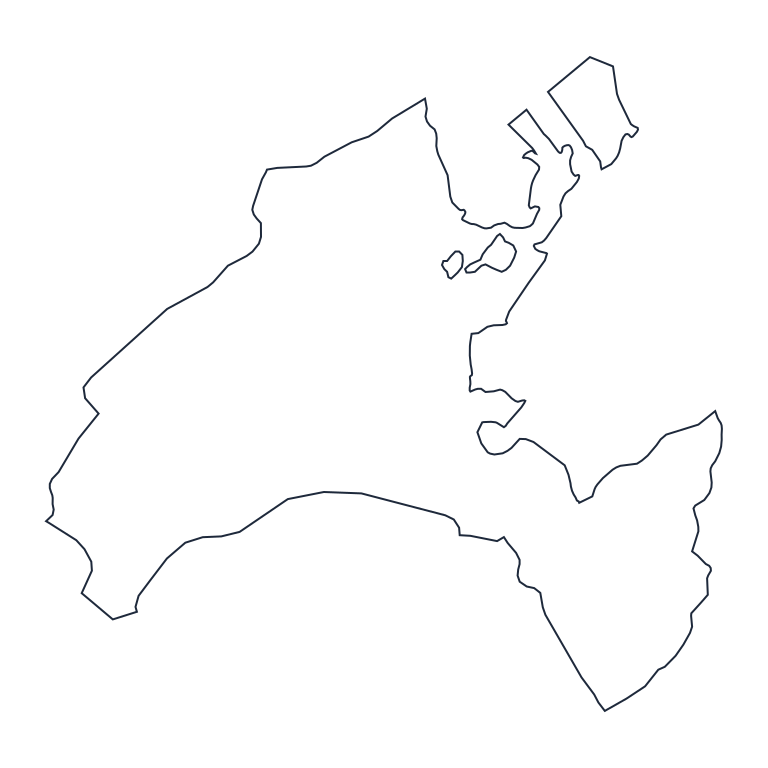 SVG path tracing the border of Vaud
{"feature_id": "CHE-3422", "entity_name": "Vaud", "entity_type": "Canton", "adm_level": 1, "iso_a3": "CHE", "parent_name": "Switzerland", "parent_adm1": "", "projection": "orthographic", "projection_center": [6.845, 46.59], "detail": "fine", "context": "isolated", "style": "outline", "palette": "slate", "viewbox_px": 768, "rotation_deg": 0, "n_neighbors": 0, "source": "natural_earth", "source_scale": "10m", "svg_char_len": 5102}
<svg xmlns="http://www.w3.org/2000/svg" viewBox="0 0 768 768"><path d="M81.7,593.2L91.9,570.7L91.3,561.7L84.5,549.2L76.3,540.2L48.8,522.8L46.1,521.2L52.6,515.0L53.7,509.6L52.6,504.1L52.7,497.9L52.3,495.3L51.0,491.9L49.8,488.1L49.8,483.9L52.1,478.9L58.6,472.1L78.5,438.6L98.6,413.6L94.3,408.7L85.1,398.2L83.5,387.4L91.1,377.5L167.2,308.9L207.5,287.0L213.1,282.4L227.9,265.7L246.6,256.0L252.5,251.6L258.9,243.7L261.0,236.9L260.9,223.1L256.7,218.5L253.8,214.5L252.3,209.8L253.1,205.9L262.0,179.3L265.9,172.3L267.0,169.6L277.3,167.9L306.2,166.5L311.0,165.7L316.7,162.8L324.4,156.7L351.7,142.3L368.6,136.6L377.2,131.0L392.1,118.5L425.0,98.6L426.8,108.7L425.5,116.6L427.0,121.5L430.0,125.7L434.6,129.4L436.2,133.6L436.7,138.2L436.3,146.0L437.3,151.3L438.3,154.6L447.6,175.2L450.3,196.6L452.3,202.5L458.6,208.9L459.9,209.9L461.2,210.2L463.7,209.8L464.5,210.4L465.4,212.0L465.1,213.6L464.1,215.5L462.6,217.4L462.1,219.2L462.9,220.1L469.9,223.5L471.7,224.0L473.8,224.1L476.2,224.7L482.1,227.5L484.6,228.3L486.4,228.4L491.0,227.7L494.2,225.4L498.1,224.0L500.6,223.8L504.5,222.7L506.9,223.9L509.8,226.0L512.3,227.3L514.7,227.8L522.6,228.0L525.5,227.5L529.8,226.2L531.1,225.2L532.9,223.5L537.0,213.8L539.2,209.9L539.3,208.2L538.4,207.0L534.9,206.4L530.7,208.4L529.7,207.5L528.8,205.3L530.9,188.5L531.4,185.8L532.1,183.1L533.1,180.4L535.6,175.1L539.0,169.6L539.2,166.9L537.4,164.5L531.6,159.8L528.3,158.2L525.7,157.7L523.7,158.0L523.0,157.5L524.1,155.1L525.7,153.7L527.6,152.4L531.3,150.8L532.4,150.9L533.6,151.8L535.0,153.3L535.9,153.6L534.1,150.6L532.2,148.0L508.5,124.6L526.5,109.7L543.8,134.0L545.6,135.6L548.9,138.9L558.1,151.5L559.6,152.8L560.8,152.9L561.5,152.3L562.1,150.7L562.3,149.4L562.4,147.6L563.3,146.7L564.9,145.8L566.9,145.2L568.6,145.1L569.7,145.6L571.0,147.3L572.1,150.0L572.7,153.4L571.1,156.9L570.1,160.4L570.1,164.2L571.6,171.6L573.6,174.6L575.2,175.9L577.9,175.0L578.6,175.0L579.2,175.9L578.8,178.5L576.9,182.0L571.4,188.8L568.0,191.1L565.5,193.3L563.5,196.5L560.3,204.8L561.3,216.2L546.2,238.1L544.0,240.6L541.8,242.3L534.5,244.4L533.8,245.9L535.3,248.9L537.4,250.3L539.3,251.3L546.4,253.1L547.0,253.6L544.9,260.4L528.6,282.9L509.2,311.5L506.1,319.7L505.9,320.9L506.6,322.2L507.0,323.2L505.7,324.3L502.4,325.0L493.7,325.3L487.4,326.8L478.3,333.1L471.6,333.8L470.3,342.3L469.9,346.0L469.8,355.6L470.7,364.6L471.6,369.3L472.1,373.5L471.8,375.2L470.4,376.1L469.9,376.9L470.0,378.8L470.3,381.1L470.4,384.1L469.7,387.7L469.7,390.5L470.4,391.6L475.2,389.5L477.8,388.8L481.1,388.8L485.5,392.0L493.8,391.3L500.1,389.6L502.3,390.2L505.3,391.9L511.6,398.3L515.4,401.0L517.9,401.8L522.2,400.5L524.3,400.3L525.3,400.9L524.2,403.1L521.3,407.4L507.3,423.4L505.7,425.9L503.9,427.2L496.9,422.8L495.6,422.3L491.0,421.8L483.6,422.1L482.2,422.4L477.4,432.2L481.3,443.4L487.7,452.3L490.1,453.6L494.4,454.5L502.7,453.3L507.4,450.9L511.5,447.9L519.7,438.9L525.8,439.1L533.5,442.0L564.7,465.3L568.5,474.8L570.5,483.2L570.9,486.5L572.0,490.7L573.7,494.5L575.6,497.5L576.9,500.5L578.7,501.5L579.2,502.8L592.3,496.4L594.6,489.2L595.6,487.0L597.4,484.4L602.9,478.1L612.6,469.7L616.3,467.4L620.4,465.8L637.0,463.7L641.8,460.6L647.7,455.6L656.5,445.2L660.6,439.4L666.2,434.6L698.4,424.6L715.2,411.1L717.7,418.1L719.0,420.4L720.7,422.9L721.6,425.4L721.9,428.9L721.6,434.6L721.7,439.9L721.1,446.6L719.3,453.1L715.2,461.3L712.2,465.2L710.7,468.4L710.4,471.4L711.7,482.5L711.4,487.5L709.4,493.1L704.3,500.0L695.2,505.6L693.5,508.4L695.3,515.4L697.1,520.4L698.3,526.9L698.4,531.3L692.1,551.4L697.7,555.7L705.8,564.0L709.2,565.8L710.7,568.0L710.9,570.8L708.2,575.4L707.1,578.3L707.8,594.8L701.0,602.6L691.3,613.3L691.1,615.9L692.1,626.7L690.0,632.9L683.4,644.6L675.6,655.8L664.8,666.8L658.3,669.7L645.1,686.3L626.5,698.6L604.8,710.9L598.4,702.5L594.2,694.5L581.5,677.4L545.4,614.8L542.8,607.3L540.3,592.9L534.2,588.1L526.7,586.5L519.7,581.7L517.6,575.6L518.2,569.5L519.6,564.1L519.6,559.9L516.1,552.9L507.7,543.0L503.9,537.1L497.1,541.1L470.3,535.8L459.7,535.2L459.1,527.7L453.8,519.5L445.3,515.3L361.4,493.4L323.9,492.0L287.8,499.1L239.6,531.9L221.3,536.4L202.7,537.2L185.3,542.7L166.9,558.5L150.7,579.7L138.6,595.8L135.5,606.9L136.9,611.8L112.8,619.4L87.2,597.8L81.7,593.2ZM501.7,271.8L505.9,269.8L510.1,265.7L514.2,257.6L516.1,251.5L513.3,245.5L508.7,242.8L505.0,241.4L503.1,237.4L499.9,234.0L497.1,236.0L494.8,239.4L491.1,244.8L487.8,247.5L482.7,254.3L480.4,259.7L474.4,262.4L470.2,264.4L467.0,267.1L465.1,269.1L466.5,272.5L470.2,272.5L474.9,271.8L481.4,265.7L485.5,264.4L492.0,267.8L496.6,269.8L501.7,271.8ZM451.2,278.6L454.9,275.2L457.7,272.5L461.9,267.1L462.8,261.0L462.4,254.9L459.1,251.5L455.4,251.5L450.8,256.3L447.1,261.0L443.4,261.0L442.0,265.0L444.3,269.1L447.1,271.8L448.4,277.2L451.2,278.6ZM589.9,57.1L613.0,66.4L617.0,93.9L619.1,99.8L630.8,124.0L632.3,125.2L634.2,126.4L637.7,127.9L638.0,129.6L636.9,131.8L632.8,136.5L631.5,137.1L630.4,136.5L628.8,134.6L627.3,134.0L625.5,134.4L623.4,137.1L621.6,140.8L620.2,148.3L619.1,152.4L617.6,155.9L616.1,158.3L611.3,164.1L601.6,169.3L601.0,167.3L600.2,161.4L592.2,149.8L585.9,146.3L583.1,140.8L548.0,91.9L589.9,57.1Z" fill="none" stroke="#1e293b" stroke-width="2"/></svg>